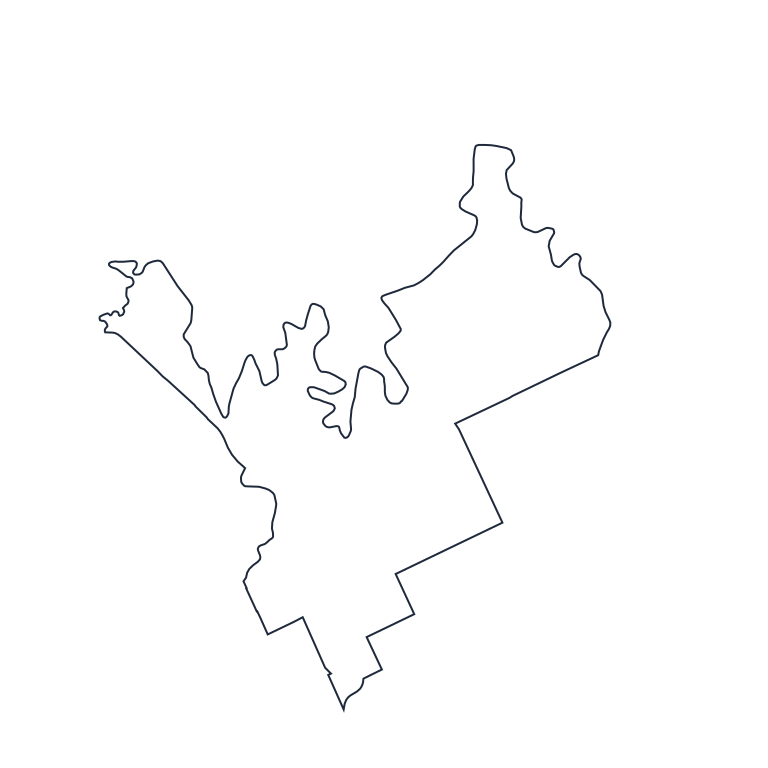 Yarra, Victoria, Australia (Equal Earth projection), rotated 237°
{"feature_id": "25037944B16645516556899", "entity_name": "Yarra", "entity_type": "district", "adm_level": 2, "iso_a3": "AUS", "parent_name": "Australia", "parent_adm1": "Victoria", "projection": "equal_earth", "projection_center": [145.012, -37.805], "detail": "fine", "context": "isolated", "style": "outline", "palette": "slate", "viewbox_px": 768, "rotation_deg": 237, "n_neighbors": 0, "source": "geoboundaries", "source_scale": "gbopen_adm2", "svg_char_len": 6166}
<svg xmlns="http://www.w3.org/2000/svg" viewBox="0 0 768 768"><g transform="rotate(237 384 384)"><path d="M579.2,178.3L574.9,184.4L573.3,186.1L570.8,187.7L567.0,189.1L518.1,201.1L511.0,202.5L504.1,204.7L469.6,213.7L467.9,213.7L452.6,217.1L450.6,217.1L437.6,220.3L433.1,220.7L428.5,220.5L424.9,220.1L415.7,218.4L407.5,218.0L398.5,219.1L389.1,221.7L384.9,214.7L384.2,213.8L382.7,212.6L379.5,210.9L377.6,210.8L374.6,211.4L373.9,211.9L372.4,213.9L365.9,223.2L360.9,227.7L357.7,229.9L353.3,231.5L350.7,231.6L342.6,228.6L341.1,227.6L335.3,222.3L328.9,215.1L323.8,211.3L319.4,209.7L316.5,207.9L315.9,207.1L315.6,205.8L315.6,203.1L314.9,199.6L314.7,196.9L315.8,192.7L315.9,190.9L315.1,189.1L314.2,188.2L312.5,187.6L307.9,186.7L306.0,185.9L304.5,184.5L303.6,181.3L303.3,175.6L302.3,170.4L300.3,166.5L296.7,162.8L295.0,158.7L287.6,157.6L287.6,157.1L262.5,153.4L262.4,153.9L254.9,152.9L237.3,150.1L233.5,179.8L232.7,188.8L178.1,180.1L170.0,181.8L170.4,178.8L133.0,172.9L137.3,176.9L139.7,180.4L140.7,183.1L141.1,186.1L140.8,194.0L141.5,198.2L142.3,200.0L143.6,202.1L145.3,204.0L148.1,206.3L145.7,226.7L181.2,231.6L174.5,284.0L218.3,290.3L203.2,407.8L305.2,422.2L312.0,422.1L304.0,481.8L304.0,485.1L297.0,539.8L291.5,579.3L294.3,582.0L301.6,591.7L306.0,599.1L307.4,602.2L309.4,605.2L312.1,607.2L315.0,607.9L323.5,608.9L329.9,610.7L340.3,615.6L344.0,616.2L359.1,613.2L366.0,610.1L367.9,609.6L370.1,609.8L376.4,612.2L379.0,613.7L381.9,617.3L383.9,617.9L385.8,617.7L387.1,617.2L388.2,616.3L388.8,615.2L389.2,613.5L389.2,608.9L386.5,596.3L386.8,594.7L387.4,593.7L390.0,591.9L391.3,591.5L394.7,591.7L396.5,592.2L401.4,594.4L409.8,597.1L413.9,601.0L417.7,608.6L418.6,609.4L421.0,610.2L421.9,610.1L423.0,609.3L425.6,606.6L426.5,605.0L427.8,595.6L428.7,593.8L429.8,592.4L437.4,587.1L440.0,586.3L442.5,586.5L448.9,589.1L457.8,595.7L461.7,598.2L463.5,599.8L464.5,600.1L465.9,600.0L473.5,595.8L477.1,595.1L480.2,595.4L489.6,598.6L493.9,600.8L496.6,603.4L498.7,611.8L499.7,613.9L501.0,615.2L502.8,616.2L504.9,616.8L510.9,617.9L515.1,615.3L522.5,607.8L525.9,603.9L529.9,598.3L532.9,593.6L533.6,591.3L533.4,590.3L531.7,588.2L524.1,581.8L513.7,575.1L508.3,570.8L502.3,566.8L500.7,564.1L499.9,561.6L499.1,558.4L498.1,552.8L495.5,547.2L494.5,546.1L491.5,544.2L490.5,544.0L488.4,544.4L484.3,546.3L476.2,551.6L474.8,552.2L473.4,552.3L470.3,551.1L467.4,548.9L463.4,544.4L461.1,540.3L460.2,537.6L458.0,515.5L456.3,508.2L454.0,499.8L453.0,494.8L452.3,489.2L450.8,482.6L449.9,473.1L449.9,467.9L450.4,462.8L453.3,453.9L454.7,446.8L457.8,434.5L458.5,431.0L458.4,430.2L458.0,429.2L457.5,428.6L455.4,428.0L451.6,428.2L445.4,429.2L431.6,428.9L420.9,428.0L419.5,426.8L418.6,423.8L417.9,418.8L417.5,408.4L416.0,406.1L413.9,404.6L408.9,402.5L405.3,402.0L398.0,402.1L390.2,402.8L368.5,402.2L367.1,401.5L365.8,400.3L363.6,397.4L360.0,389.9L360.1,388.5L359.5,387.6L359.5,386.4L359.9,385.1L361.6,382.4L363.5,379.9L364.7,379.1L365.7,378.7L368.9,378.2L373.5,378.8L376.9,380.4L381.9,383.6L386.3,385.6L388.1,386.8L390.3,387.5L391.3,387.4L393.4,387.1L397.4,385.6L404.1,381.6L408.3,378.4L409.2,377.5L409.7,376.1L409.8,372.6L409.5,371.3L407.3,368.7L395.7,357.7L388.9,352.3L384.6,347.3L380.0,342.6L370.8,335.4L363.9,331.7L362.7,330.6L360.1,326.7L359.6,325.6L359.3,324.4L359.7,322.4L360.8,321.5L366.1,321.1L369.1,321.7L372.3,322.9L372.9,322.8L373.6,322.4L374.7,321.0L377.0,315.2L378.1,313.6L379.5,312.5L380.9,311.9L383.9,311.7L385.4,312.1L386.8,313.3L387.7,314.7L388.1,316.5L388.7,325.8L389.1,327.5L390.4,329.5L392.7,330.2L394.1,329.9L395.7,329.0L402.7,323.3L405.8,321.2L410.9,316.6L412.1,316.0L414.8,315.6L419.3,316.2L420.7,316.9L421.5,317.9L421.8,319.2L421.5,320.4L419.8,323.0L418.8,324.0L410.4,330.4L406.1,332.6L405.1,333.6L403.2,337.1L402.5,341.6L402.3,346.1L402.8,349.2L404.5,351.7L406.5,352.6L408.0,352.4L417.8,347.5L423.2,344.2L426.0,341.5L428.0,338.7L429.2,337.8L432.1,337.4L441.1,339.2L444.0,340.0L447.7,342.0L450.7,344.4L453.0,346.9L454.3,350.2L455.4,356.2L456.1,362.0L456.6,363.5L458.0,365.5L461.7,368.6L467.1,371.0L473.8,372.2L479.6,374.1L483.5,373.2L485.5,371.9L487.6,370.5L489.3,368.9L490.0,367.9L490.1,366.9L489.9,365.9L489.5,364.9L484.2,358.4L479.8,353.4L475.7,349.5L475.0,348.2L474.7,347.1L474.7,346.0L475.1,345.0L477.5,342.8L485.0,338.9L487.9,336.7L488.7,335.7L489.1,334.6L489.1,333.6L488.7,332.6L488.1,331.7L486.3,330.4L480.7,329.1L469.8,323.9L468.9,323.0L468.3,321.5L468.1,319.2L468.5,317.6L470.8,314.1L471.2,312.9L470.8,310.8L470.1,309.6L468.1,308.4L463.5,307.2L458.5,305.2L449.0,299.8L447.6,297.7L447.1,296.6L446.8,294.7L447.0,286.3L447.2,284.5L447.8,283.4L448.5,282.9L451.0,282.6L452.8,282.9L462.6,286.5L471.4,287.5L474.9,288.4L478.5,288.9L479.8,288.8L480.7,288.2L481.2,287.3L481.4,286.1L481.2,284.4L479.7,281.3L478.3,279.2L472.3,271.9L467.8,265.4L465.2,260.3L462.0,255.2L451.8,243.7L449.5,241.5L444.0,237.5L442.4,234.8L442.1,233.5L442.2,232.5L443.6,231.3L447.2,231.3L460.6,233.4L468.1,235.2L474.8,237.2L478.9,237.9L482.3,239.1L486.8,241.4L489.2,242.2L494.1,241.3L497.2,239.0L498.6,238.4L501.8,238.3L509.9,238.5L521.1,242.3L526.0,242.1L530.2,241.3L532.6,241.7L534.7,243.0L540.4,255.0L542.4,257.1L550.1,263.0L552.5,264.8L554.8,265.6L560.2,265.8L578.5,264.2L605.9,264.3L608.6,263.6L610.5,261.8L611.2,260.4L612.6,256.9L613.7,252.1L613.4,249.3L613.0,248.0L612.5,246.8L609.6,242.8L609.1,241.1L609.2,238.5L610.9,235.4L611.9,234.3L613.9,234.1L615.4,235.4L616.9,239.7L618.1,241.1L619.6,242.3L620.5,242.5L622.1,242.2L623.5,240.9L624.5,239.4L628.2,232.5L631.5,227.3L632.9,225.8L634.7,222.1L635.0,220.4L634.8,219.3L634.5,218.7L633.5,218.2L631.6,218.5L629.8,219.5L626.2,222.4L623.4,223.6L614.6,226.5L613.3,227.4L612.1,229.0L609.8,230.3L606.9,229.9L605.5,229.2L604.3,227.9L603.8,226.0L603.7,224.6L604.5,220.5L600.3,217.2L597.7,215.7L593.6,215.4L592.5,214.8L591.0,212.8L590.7,209.5L589.9,206.4L587.5,206.2L586.1,205.5L584.6,203.2L584.5,201.7L585.1,199.5L586.0,199.2L588.1,199.9L589.2,199.9L590.8,198.8L591.8,197.2L591.7,195.6L590.5,193.1L590.5,192.2L590.9,191.7L592.8,191.3L593.9,190.4L594.9,186.2L595.2,182.8L594.9,181.9L593.8,181.1L592.3,180.6L590.9,181.5L589.6,183.3L587.9,184.2L584.6,184.2L583.0,183.4L582.3,180.8L581.7,179.6L580.5,178.7L579.2,178.3Z" fill="none" stroke="#1e293b" stroke-width="2"/></g></svg>